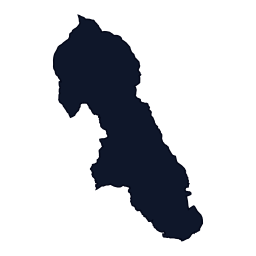 Runcu, Dâmbovita, Romania (orthographic projection)
{"feature_id": "2599482B4208961659821", "entity_name": "Runcu", "entity_type": "district", "adm_level": 2, "iso_a3": "ROU", "parent_name": "Romania", "parent_adm1": "Dâmbovita", "projection": "orthographic", "projection_center": [25.346, 45.222], "detail": "fine", "context": "isolated", "style": "filled", "palette": "ink", "viewbox_px": 256, "rotation_deg": 0, "n_neighbors": 0, "source": "geoboundaries", "source_scale": "gbopen_adm2", "svg_char_len": 5783}
<svg xmlns="http://www.w3.org/2000/svg" viewBox="0 0 256 256"><path d="M199.4,230.0L199.5,228.4L202.3,223.4L202.2,219.9L201.8,217.6L200.7,215.1L197.1,211.3L194.3,206.4L193.5,206.1L188.5,209.4L187.7,205.8L187.3,201.3L186.3,196.1L190.0,194.7L190.7,194.1L190.2,193.6L190.8,193.3L190.8,193.1L190.2,192.4L189.3,191.9L188.4,192.0L187.7,191.7L187.4,191.8L186.7,191.6L186.0,191.8L184.9,190.2L185.1,188.7L185.9,187.2L188.1,186.9L188.3,184.7L188.8,183.7L188.0,183.4L188.2,180.7L187.9,179.9L187.6,179.5L187.5,178.7L187.7,177.9L186.7,176.4L186.5,175.8L186.6,175.3L185.4,173.5L185.5,173.0L185.1,172.3L185.0,171.2L185.4,171.0L184.2,168.6L181.5,165.9L177.1,162.7L176.3,160.9L175.3,156.4L172.8,155.6L171.7,154.6L169.1,150.2L168.3,148.5L168.1,147.2L166.8,146.2L166.5,145.7L164.5,144.6L164.0,144.2L163.8,143.5L162.7,142.4L162.4,141.9L162.0,140.6L161.8,140.1L161.4,138.7L161.4,137.9L161.6,136.7L161.6,135.1L161.5,134.4L160.4,133.0L160.2,132.6L160.2,131.8L159.4,130.4L158.9,129.4L157.2,128.5L157.1,127.9L157.5,127.1L157.4,126.7L155.1,124.6L154.9,123.6L154.3,122.8L154.1,121.2L153.1,118.9L152.9,118.1L150.7,115.6L150.9,113.0L151.1,112.6L151.0,111.9L150.3,111.0L148.6,109.6L149.0,108.2L149.2,107.8L149.3,107.3L148.2,106.1L147.6,104.0L147.0,103.6L146.4,103.4L145.4,103.5L144.4,103.4L143.3,102.9L142.3,102.9L140.4,101.7L140.1,101.2L140.3,100.1L140.1,99.6L139.8,99.3L136.7,98.0L135.6,96.5L134.9,94.9L135.6,94.0L135.5,93.1L136.0,89.9L135.4,87.6L134.6,86.8L134.5,86.3L138.6,83.4L139.5,82.5L139.6,78.0L139.2,75.8L140.3,75.1L140.6,74.7L140.0,74.0L139.8,72.8L138.6,71.3L138.0,70.2L138.2,69.2L139.2,67.1L139.4,66.4L139.5,65.8L139.1,64.7L139.0,63.1L138.7,61.9L135.8,58.8L135.2,58.6L134.1,55.9L133.7,54.5L131.7,52.7L131.1,51.7L130.1,49.2L129.6,47.2L129.3,46.8L126.0,43.0L123.3,41.0L122.0,40.3L121.6,39.7L121.1,38.1L120.3,37.1L118.6,36.1L116.9,35.6L113.8,35.6L111.8,33.9L111.0,33.5L109.9,32.7L109.3,32.4L106.8,31.9L104.6,31.7L102.1,32.0L101.5,31.9L101.3,31.6L100.9,30.1L98.8,27.4L98.1,25.6L97.2,24.9L96.8,24.2L96.0,23.3L95.0,22.5L94.2,21.1L93.5,20.4L92.1,20.3L89.5,19.5L86.7,19.3L85.7,19.5L83.8,17.7L81.0,16.7L79.4,15.7L78.4,15.4L79.3,18.3L79.6,21.5L80.1,22.7L80.1,23.1L79.4,24.6L77.3,27.3L75.9,28.4L74.6,29.1L73.1,30.2L72.7,30.7L72.1,32.4L70.2,33.6L69.9,34.4L69.7,37.2L69.1,38.3L68.6,39.4L66.8,40.5L63.5,43.0L62.0,44.5L59.7,45.8L58.3,47.1L57.0,50.1L55.0,53.6L54.5,55.0L54.0,57.2L53.7,60.1L53.8,64.4L53.7,66.5L54.0,68.7L55.3,70.8L55.5,72.3L56.0,74.1L56.6,74.9L58.5,76.4L58.7,77.6L60.1,79.3L60.7,80.4L60.9,81.4L60.9,81.8L59.5,81.8L59.3,82.0L59.4,85.1L60.2,87.8L60.0,88.3L59.5,89.1L59.4,91.9L59.9,93.3L59.4,94.2L59.2,95.0L59.1,98.6L58.9,99.6L59.0,99.9L59.9,102.1L63.0,104.4L63.5,106.0L64.8,107.7L65.3,108.6L66.0,109.4L67.2,111.6L67.9,112.5L68.8,113.0L69.1,113.6L69.2,114.4L70.5,117.2L72.4,116.4L74.5,115.2L74.8,114.7L75.0,114.0L76.7,111.8L78.1,110.6L78.7,109.4L78.8,108.2L79.5,107.5L79.9,106.5L80.0,106.0L79.9,104.9L80.2,104.2L80.6,103.7L82.2,102.9L83.2,103.0L83.5,102.6L83.7,102.8L84.2,102.9L85.1,102.9L85.5,102.7L85.9,103.0L87.1,103.1L87.6,103.6L87.8,104.2L88.4,105.0L88.6,105.6L89.0,105.6L89.1,106.1L89.4,106.6L89.4,107.7L89.7,108.0L90.2,108.0L90.3,108.7L90.4,108.9L91.0,109.0L91.3,109.4L91.9,111.0L93.0,113.0L93.9,113.5L94.1,114.1L94.5,114.3L95.4,114.0L96.0,114.0L97.3,114.8L98.1,114.7L98.4,115.0L99.2,115.2L99.3,115.6L98.7,116.6L98.7,117.0L99.0,117.4L100.0,117.4L100.2,117.7L100.2,118.0L99.6,118.9L99.5,119.2L99.6,119.8L100.1,120.8L99.8,122.2L100.0,122.8L100.8,123.4L100.9,126.0L101.1,126.6L103.2,128.6L106.0,129.8L106.6,130.8L106.7,131.7L107.0,132.2L106.9,133.7L107.7,134.7L108.0,135.7L108.3,136.3L107.1,137.8L104.5,138.9L101.5,139.0L99.9,139.4L100.0,140.3L100.2,141.1L101.5,142.7L102.2,145.5L103.0,146.4L100.7,149.0L99.4,150.3L99.3,151.2L99.5,152.0L99.5,153.0L99.7,153.8L99.6,155.3L99.8,157.0L98.4,159.3L97.4,159.8L97.4,162.3L97.2,162.7L96.7,163.1L94.3,164.4L93.3,164.4L92.6,164.7L92.5,165.0L92.6,165.8L91.9,166.7L91.9,167.3L91.5,167.5L91.4,167.9L90.7,168.6L90.6,169.0L90.8,169.4L91.6,170.1L92.1,171.2L92.2,171.8L92.5,172.1L93.1,172.4L92.8,173.2L92.8,174.3L92.1,174.2L92.1,174.4L92.7,175.7L92.8,176.4L94.7,178.1L95.1,178.9L95.4,179.8L95.2,180.5L95.4,180.9L95.9,181.1L95.7,182.0L95.8,182.5L96.7,182.8L97.6,183.7L96.7,184.8L95.9,184.9L95.9,186.5L96.4,187.0L96.8,188.1L96.4,189.1L96.9,188.9L101.1,186.1L101.7,185.5L103.1,185.9L106.0,184.8L108.1,184.8L110.6,184.1L112.0,184.9L113.4,185.5L114.0,185.9L117.7,186.8L119.4,186.8L120.7,186.6L123.1,185.0L124.8,185.9L125.6,185.9L126.6,186.1L129.5,187.1L129.5,187.3L130.1,188.0L130.2,188.4L129.5,188.9L129.3,189.5L128.7,190.1L128.6,191.1L128.7,191.7L129.2,192.2L130.6,193.0L130.7,194.2L131.3,195.7L131.4,196.8L131.2,197.2L131.2,197.6L130.8,198.5L131.3,199.5L130.8,201.4L131.4,202.6L132.1,205.0L132.6,205.5L133.8,205.9L134.7,206.5L135.2,207.1L135.9,209.2L137.0,210.0L137.3,210.5L139.8,210.3L140.2,210.4L140.9,211.1L141.1,211.8L141.6,212.4L142.0,212.9L142.1,213.4L142.4,214.2L142.7,214.4L143.3,214.5L143.7,214.9L143.9,215.2L144.0,216.2L145.1,216.7L145.5,216.4L145.8,216.5L146.3,217.7L148.2,220.3L148.7,221.2L149.6,221.3L149.9,221.2L151.2,221.1L152.4,220.5L152.0,222.4L152.8,223.1L153.2,223.9L153.3,225.2L154.2,226.1L154.4,227.1L155.3,227.9L156.1,228.2L156.7,229.2L157.2,229.8L159.7,231.3L161.9,231.9L162.8,231.8L163.1,231.5L164.0,231.4L164.2,232.0L165.3,233.1L165.2,233.9L162.9,234.1L163.1,236.0L163.5,236.3L163.6,236.6L164.0,236.9L164.2,236.7L167.7,237.3L168.7,236.9L169.9,237.6L170.6,237.7L171.9,237.6L174.7,237.7L175.2,238.0L179.0,238.5L180.0,238.8L180.0,239.2L181.3,239.3L181.6,240.6L182.8,240.5L186.7,238.5L188.2,238.1L189.1,237.4L190.1,236.1L190.4,235.9L190.5,235.4L191.6,233.9L192.6,233.1L193.5,232.9L194.1,233.2L194.3,232.7L194.2,232.5L194.6,232.0L195.0,231.9L195.8,232.2L198.0,230.7L198.6,230.7L199.4,230.0Z" fill="#0f172a" stroke="#020617" stroke-width="1.5"/></svg>